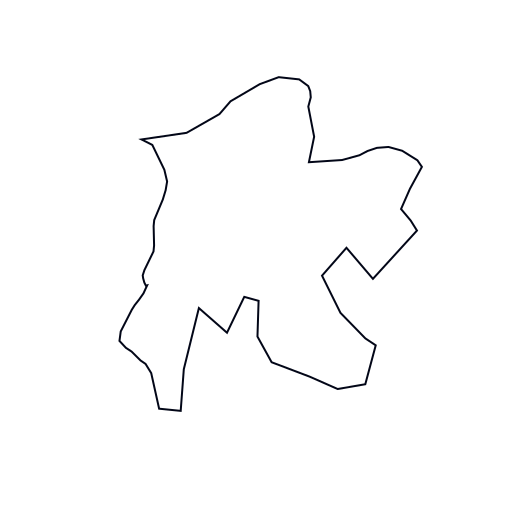 outline of Livanu, rotated 24°
{"feature_id": "LVA-5750", "entity_name": "Livanu", "entity_type": "Municipality", "adm_level": 1, "iso_a3": "LVA", "parent_name": "Latvia", "parent_adm1": "", "projection": "orthographic", "projection_center": [26.324, 56.351], "detail": "fine", "context": "isolated", "style": "outline", "palette": "ink", "viewbox_px": 512, "rotation_deg": 24, "n_neighbors": 0, "source": "natural_earth", "source_scale": "10m", "svg_char_len": 998}
<svg xmlns="http://www.w3.org/2000/svg" viewBox="0 0 512 512"><g transform="rotate(24 256 256)"><path d="M250.2,428.1L229.6,434.9L207.9,405.6L199.0,399.5L193.0,398.4L181.2,393.9L174.5,392.8L165.8,389.1L163.1,379.9L164.4,355.6L165.2,350.1L166.9,343.5L168.4,335.9L168.5,327.1L167.5,327.9L164.8,325.7L162.0,322.3L160.4,319.8L159.8,314.3L160.5,293.5L158.6,287.8L150.3,270.3L148.4,264.6L147.9,242.3L146.7,232.7L144.5,224.1L137.2,214.5L116.1,196.7L104.0,196.1L142.5,171.7L164.9,141.2L169.8,125.0L189.6,97.4L204.0,83.4L223.6,77.1L234.6,79.5L238.5,83.4L241.5,88.8L243.0,98.2L260.6,123.4L266.2,148.8L295.6,133.3L309.5,121.9L315.2,114.7L322.5,108.0L332.7,102.5L346.7,100.4L364.5,102.9L371.3,107.1L369.3,132.0L369.4,154.1L382.9,160.7L392.7,167.3L372.1,229.3L335.3,211.7L324.3,247.1L356.3,273.6L389.4,286.8L401.7,288.9L408.0,328.7L384.7,344.3L354.0,344.4L313.5,346.7L290.1,329.0L276.6,295.9L261.9,298.1L260.7,337.9L225.0,326.8L236.1,388.8L250.2,428.1Z" fill="none" stroke="#020617" stroke-width="2"/></g></svg>